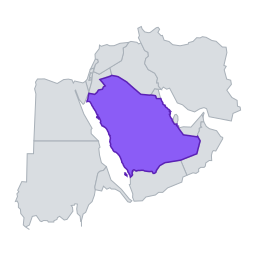 Saudi Arabia and the surrounding countries
{"feature_id": "SAU", "entity_name": "Saudi Arabia", "entity_type": "country or territory", "adm_level": 0, "iso_a3": "SAU", "parent_name": "Asia", "parent_adm1": "", "projection": "natural_earth1", "projection_center": [44.88, 24.248], "detail": "fine", "context": "with_neighbors", "style": "filled", "palette": "violet", "viewbox_px": 256, "rotation_deg": 0, "n_neighbors": 15, "source": "natural_earth", "source_scale": "50m", "svg_char_len": 10161}
<svg xmlns="http://www.w3.org/2000/svg" viewBox="0 0 256 256"><path d="M29.4,229.5L25.2,226.7L23.3,224.9L24.0,217.6L20.8,213.6L20.4,209.2L18.4,207.4L18.4,203.6L17.3,201.1L15.4,201.5L17.5,196.5L16.9,193.8L18.8,191.8L17.7,190.3L21.8,181.6L26.6,182.0L27.2,153.7L33.5,153.7L33.9,140.8L98.3,140.8L100.0,147.2L98.8,148.3L99.5,155.0L101.4,162.7L106.4,166.7L103.6,170.3L99.6,171.4L97.8,173.4L94.8,187.1L95.3,189.7L94.4,195.2L92.1,201.6L88.7,204.8L85.7,212.3L83.1,214.1L81.4,220.8L81.5,226.6L81.4,221.6L80.7,221.5L80.1,216.1L77.3,213.5L76.7,208.9L77.4,204.1L74.9,203.7L74.5,205.1L71.2,205.5L72.5,207.3L72.9,211.2L67.0,219.4L64.2,220.0L59.6,216.3L57.5,217.6L56.9,219.5L54.0,220.7L53.8,222.0L48.3,222.0L47.6,220.7L43.6,220.5L41.6,221.6L40.1,221.0L36.3,215.5L32.3,216.4L29.3,225.1L25.6,227.0L29.4,229.5Z" fill="#d9dde1" stroke="#a8b0b8" stroke-width="1"/><path d="M94.1,67.9L92.6,73.6L90.7,72.7L89.4,77.1L90.8,77.8L89.4,78.7L89.1,80.4L91.6,79.5L91.7,82.0L88.8,92.3L85.6,81.2L87.2,79.1L90.3,69.2L94.1,67.9Z" fill="#d9dde1" stroke="#a8b0b8" stroke-width="1"/><path d="M94.1,67.9L90.5,69.1L95.3,59.1L97.7,59.4L98.4,62.0L95.5,64.4L94.1,67.9Z" fill="#d9dde1" stroke="#a8b0b8" stroke-width="1"/><path d="M91.6,79.5L89.1,80.4L89.4,78.7L90.8,77.8L89.4,77.1L90.7,72.7L92.6,73.6L91.6,79.5Z" fill="#d9dde1" stroke="#a8b0b8" stroke-width="1"/><path d="M92.6,73.6L93.5,71.6L99.3,74.2L109.8,67.3L111.8,75.1L100.1,79.4L105.3,85.8L103.5,86.9L102.6,89.1L98.5,90.0L94.8,94.3L88.9,93.3L88.8,92.3L91.7,82.0L92.6,73.6Z" fill="#d9dde1" stroke="#a8b0b8" stroke-width="1"/><path d="M177.9,126.3L178.9,126.0L179.1,127.8L183.3,126.8L191.0,127.1L201.9,114.6L203.0,116.8L203.8,121.9L201.1,122.0L200.7,126.2L201.7,127.1L199.3,128.3L199.3,131.0L196.6,137.6L180.3,134.4L177.9,126.3Z" fill="#d9dde1" stroke="#a8b0b8" stroke-width="1"/><path d="M173.7,123.0L173.3,118.3L174.7,114.9L176.2,114.3L177.8,116.3L178.0,120.1L176.9,123.9L175.4,124.3L173.7,123.0Z" fill="#d9dde1" stroke="#a8b0b8" stroke-width="1"/><path d="M158.2,89.3L160.6,98.5L156.9,98.7L155.5,95.6L150.8,94.9L154.6,88.7L158.2,89.3Z" fill="#d9dde1" stroke="#a8b0b8" stroke-width="1"/><path d="M111.8,75.1L109.8,67.3L121.5,60.6L123.5,52.8L123.1,48.0L126.0,46.4L128.7,42.4L130.9,41.4L136.9,42.3L138.7,43.9L141.2,42.8L144.6,50.5L148.0,52.4L148.4,56.2L145.8,58.4L144.6,63.5L148.2,69.6L154.7,73.2L157.5,78.1L156.6,82.8L158.3,82.8L158.4,86.2L161.4,89.6L154.6,88.7L150.8,94.9L140.9,94.4L125.9,81.4L118.1,76.9L111.8,75.1Z" fill="#d9dde1" stroke="#a8b0b8" stroke-width="1"/><path d="M197.7,136.3L197.8,133.7L199.3,131.0L199.3,128.3L201.7,127.1L200.7,126.2L201.1,122.0L203.8,121.9L206.3,126.4L209.4,128.7L216.6,130.7L220.7,136.6L222.7,137.4L222.7,138.8L215.8,151.0L213.3,150.6L212.2,152.2L211.4,155.5L211.7,160.6L209.2,160.5L205.8,162.9L205.3,166.1L204.1,167.4L200.7,167.4L198.6,169.0L198.7,171.6L196.0,173.4L193.0,172.8L186.9,175.3L180.6,160.2L196.9,153.7L200.3,140.8L197.7,136.3ZM203.0,116.8L201.9,114.6L203.4,112.4L204.1,113.0L203.0,116.8Z" fill="#d9dde1" stroke="#a8b0b8" stroke-width="1"/><path d="M161.4,89.6L158.4,86.2L158.3,82.8L156.6,82.8L157.5,78.1L154.7,73.2L148.2,69.6L144.6,63.5L145.8,58.4L148.4,56.2L148.0,52.4L144.6,50.5L138.4,37.7L139.4,35.7L137.8,28.3L141.3,26.5L142.1,28.9L144.7,31.9L148.3,32.7L150.1,32.5L156.2,27.8L158.1,27.3L159.6,29.2L157.9,32.4L161.1,35.7L162.4,35.4L164.1,40.2L169.0,41.5L172.7,44.7L180.1,45.8L188.2,44.1L188.6,42.6L193.1,41.4L196.7,37.7L200.1,37.9L202.4,36.7L206.1,37.3L211.9,40.5L216.1,41.3L222.3,47.0L226.1,47.2L226.9,52.6L223.9,65.4L226.2,66.3L224.2,69.8L226.7,79.1L230.7,80.2L231.4,84.4L226.8,90.2L231.9,97.5L237.1,100.4L237.5,106.1L240.1,107.1L240.6,110.1L233.0,113.4L231.3,121.0L209.1,116.7L206.6,108.7L204.0,107.6L199.9,108.8L194.6,111.9L188.0,109.7L182.5,104.8L177.3,102.9L169.6,88.2L166.7,89.2L163.3,87.1L161.4,89.6Z" fill="#d9dde1" stroke="#a8b0b8" stroke-width="1"/><path d="M93.5,71.6L95.5,64.4L98.4,62.0L97.7,59.4L95.3,59.1L95.0,54.2L99.2,48.7L99.5,45.1L101.2,46.3L107.0,44.5L109.7,45.8L114.0,45.7L120.0,43.3L128.7,42.4L126.0,46.4L123.1,48.0L123.5,52.8L121.5,60.6L99.3,74.2L93.5,71.6Z" fill="#d9dde1" stroke="#a8b0b8" stroke-width="1"/><path d="M95.3,189.7L94.8,187.1L97.8,173.4L99.6,171.4L103.6,170.3L106.4,166.7L111.0,180.0L121.4,189.3L129.2,198.9L131.9,200.8L130.2,202.4L127.8,201.8L119.9,191.7L115.1,189.1L111.3,189.0L110.0,187.7L106.8,189.2L103.5,186.2L101.7,191.0L95.3,189.7Z" fill="#d9dde1" stroke="#a8b0b8" stroke-width="1"/><path d="M180.6,160.2L186.9,175.3L182.9,177.1L181.8,182.1L167.6,187.9L162.7,192.4L158.6,192.4L155.4,195.0L145.9,197.0L142.4,200.8L134.1,201.2L132.6,197.4L132.8,193.9L129.3,184.6L130.4,184.3L130.3,177.3L132.7,175.2L132.1,172.5L133.6,169.4L135.8,171.0L143.6,170.3L152.0,171.3L153.4,173.4L155.9,172.3L159.8,165.6L164.9,162.7L180.6,160.2Z" fill="#d9dde1" stroke="#a8b0b8" stroke-width="1"/><path d="M98.3,140.8L33.9,140.8L35.9,94.0L34.6,88.8L36.1,84.8L35.5,82.1L37.5,79.0L44.6,78.9L57.2,83.5L63.6,79.6L68.3,79.1L72.0,79.9L73.3,83.1L74.6,81.0L82.9,82.9L85.6,81.2L88.8,92.3L84.4,103.2L83.1,104.3L79.1,99.4L75.6,90.1L75.0,90.7L83.9,114.1L92.1,128.4L91.1,129.5L91.2,133.7L98.3,140.8Z" fill="#d9dde1" stroke="#a8b0b8" stroke-width="1"/><path d="M180.5,160.2L179.2,160.4L178.0,160.6L176.6,160.8L174.9,161.1L173.6,161.3L171.7,161.6L169.9,161.9L168.3,162.2L166.7,162.4L165.3,162.6L164.5,162.9L163.5,163.5L162.1,164.3L160.5,165.2L159.8,165.6L158.9,166.8L158.5,167.4L157.8,168.4L157.2,169.2L156.5,170.2L156.2,171.1L155.8,172.4L155.4,172.7L154.8,173.1L154.2,173.4L153.2,173.4L152.7,172.6L152.2,171.7L151.9,171.4L151.6,171.4L150.7,171.5L149.6,171.6L148.3,171.5L146.8,171.3L145.4,171.1L144.6,171.0L143.7,170.5L143.5,170.4L143.2,170.3L142.1,170.3L141.0,170.3L139.9,170.5L138.9,170.4L137.8,170.5L137.4,170.7L137.0,170.7L136.7,170.9L136.5,171.0L136.2,170.8L135.9,170.9L135.4,170.7L135.1,170.4L134.7,170.1L134.4,169.9L134.1,169.8L133.8,169.8L133.4,170.0L133.1,170.2L132.5,170.8L132.5,171.0L132.8,171.4L132.7,171.6L132.3,171.8L132.2,172.4L132.2,172.7L132.1,173.5L132.3,174.1L132.5,174.3L132.5,174.6L132.4,175.1L132.0,175.3L131.8,175.8L131.7,176.0L131.4,176.3L130.4,177.1L130.3,176.6L130.0,175.9L130.0,175.3L129.8,174.8L129.5,174.4L129.0,173.9L129.0,173.4L128.6,172.8L128.1,172.3L127.8,171.4L127.6,170.3L126.3,168.8L124.7,167.4L124.2,166.6L123.3,165.0L122.9,163.7L121.8,162.3L121.8,161.7L121.6,161.0L121.4,160.3L121.2,159.7L120.1,157.0L119.8,156.6L119.5,156.0L119.4,155.6L119.3,155.3L118.5,154.9L117.8,153.8L115.6,152.0L114.6,151.9L113.7,151.2L113.1,150.4L112.5,149.0L111.3,147.5L110.3,145.3L110.7,144.5L110.6,143.9L110.3,143.0L110.0,142.3L109.8,141.6L110.0,140.6L110.1,139.5L110.3,138.9L110.4,138.3L110.2,137.0L109.9,136.3L110.0,135.9L109.6,135.6L109.3,135.1L109.6,135.1L109.1,134.5L108.8,134.1L108.6,133.1L108.4,132.4L107.5,130.8L107.1,129.8L106.2,128.5L105.2,127.5L104.5,127.1L104.2,126.7L103.7,126.7L103.1,126.1L102.7,126.1L102.2,126.0L101.6,125.0L101.1,123.9L100.3,122.6L100.5,122.3L100.7,121.7L100.6,121.0L100.5,120.5L100.1,119.6L99.0,117.3L98.6,117.0L98.1,116.6L97.8,115.6L97.7,114.7L96.9,114.3L95.5,111.1L94.7,110.0L94.3,109.3L93.4,108.1L92.9,106.9L92.0,105.7L91.2,103.8L89.9,101.8L89.4,101.5L88.1,101.4L87.5,101.2L87.0,101.6L86.9,101.1L87.3,100.3L87.9,98.8L88.0,97.4L88.9,93.3L90.0,93.5L91.0,93.7L92.3,93.9L93.7,94.2L94.6,94.4L94.8,94.3L96.0,93.3L97.0,92.4L97.7,91.3L98.3,90.2L98.6,90.0L99.5,89.8L101.0,89.5L102.4,89.2L102.5,89.0L102.9,88.2L103.3,87.1L103.5,86.9L104.5,86.3L105.2,85.9L104.3,84.8L103.5,83.8L102.6,82.6L101.8,81.7L100.6,80.4L99.9,79.5L101.2,79.1L102.7,78.6L104.2,78.2L106.0,77.6L107.4,77.2L109.5,76.5L110.5,76.2L111.5,75.4L112.7,75.6L114.4,75.9L116.2,76.2L117.9,76.6L118.5,76.9L120.3,78.0L121.4,78.7L122.7,79.5L124.3,80.5L125.5,81.2L126.9,82.1L128.0,83.2L129.5,84.5L131.0,85.9L132.3,87.0L134.1,88.6L135.9,90.1L137.6,91.6L139.0,92.8L140.8,94.3L142.7,94.5L145.1,94.7L147.5,95.0L149.6,95.2L150.6,95.0L151.6,95.1L153.0,95.3L153.8,95.4L155.4,95.7L155.9,96.6L156.0,97.3L156.2,98.0L156.7,98.6L157.7,98.6L158.7,98.6L159.9,98.6L160.8,98.5L161.1,99.2L161.2,99.8L161.8,101.2L162.6,102.3L162.8,102.7L162.9,103.3L162.8,103.6L162.7,103.8L163.3,104.5L164.3,105.0L164.7,105.1L165.1,105.3L164.8,105.7L165.3,106.5L166.0,107.4L166.7,107.5L167.7,108.8L169.1,109.6L170.0,110.7L169.7,110.6L169.4,110.5L169.3,111.1L169.4,111.6L169.8,112.0L170.2,112.4L170.4,113.0L170.1,114.3L169.8,114.2L169.6,114.2L169.4,114.3L169.7,115.2L170.0,116.0L170.3,116.6L170.6,117.4L170.8,117.8L171.8,118.7L172.1,119.5L172.3,120.9L172.9,121.7L173.3,122.3L173.7,122.8L174.0,123.5L174.4,124.1L174.6,124.2L174.9,124.3L175.3,124.3L175.7,124.1L176.2,124.0L176.6,124.3L177.0,124.2L177.0,124.5L176.8,124.8L176.5,125.7L176.9,125.9L177.4,125.9L177.7,126.1L177.9,126.1L177.9,126.3L177.9,127.1L178.0,127.4L178.2,127.7L178.5,128.1L178.8,128.5L179.1,129.0L179.4,129.4L179.7,129.8L180.0,130.2L180.3,130.7L180.6,131.1L180.9,131.5L181.2,131.9L181.5,132.3L181.9,132.8L182.2,133.2L182.5,133.6L182.8,134.0L183.1,134.5L183.3,134.8L183.8,134.9L184.3,135.0L185.0,135.1L185.8,135.2L186.8,135.3L187.9,135.5L189.0,135.6L190.2,135.8L191.5,136.0L192.6,136.2L193.7,136.3L194.7,136.5L195.5,136.6L196.2,136.7L196.6,136.7L196.7,136.8L197.2,136.8L197.6,136.3L198.0,137.0L198.3,137.6L198.8,138.5L199.3,139.3L199.8,140.2L200.1,140.8L200.0,141.5L199.8,142.2L199.6,142.9L199.4,143.6L199.2,144.3L199.0,145.1L198.9,145.8L198.7,146.5L198.5,147.2L198.3,147.9L198.1,148.6L197.9,149.3L197.7,150.1L197.6,150.8L197.4,151.5L197.2,152.2L197.0,152.9L196.8,153.8L196.2,154.0L195.3,154.4L194.3,154.7L193.4,155.1L192.5,155.5L191.5,155.9L190.6,156.2L189.7,156.6L188.7,157.0L187.8,157.3L186.9,157.7L185.9,158.1L185.0,158.4L184.1,158.8L183.1,159.2L182.2,159.6L181.3,159.9L180.5,160.2ZM125.9,174.9L126.3,175.0L126.2,174.8L126.1,174.7L126.3,174.4L126.9,175.0L126.9,175.7L126.9,175.9L126.7,175.7L126.5,175.4L126.4,175.2L125.8,175.3L125.4,175.1L124.9,174.5L124.8,174.1L125.0,174.0L125.2,173.8L125.4,173.4L125.2,173.1L125.5,173.1L125.7,173.5L125.7,174.3L125.8,174.5L125.7,174.7L125.9,174.9ZM98.8,119.0L98.7,119.0L98.3,118.5L98.1,118.2L97.9,118.0L96.9,117.6L96.7,117.3L96.9,117.0L97.0,117.3L98.0,117.8L99.0,118.7L99.1,118.8L98.8,119.0ZM97.2,116.8L96.9,116.7L97.0,116.2L97.2,115.9L97.1,116.3L97.2,116.7L97.2,116.8Z" fill="#8b5cf6" stroke="#5b21b6" stroke-width="1.5"/></svg>